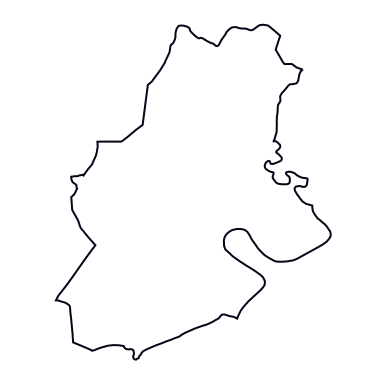 the district of Kota Pangkal Pinang, Bangka-Belitung, Indonesia, rotated 89°
{"feature_id": "22746128B92282941938888", "entity_name": "Kota Pangkal Pinang", "entity_type": "district", "adm_level": 2, "iso_a3": "IDN", "parent_name": "Indonesia", "parent_adm1": "Bangka-Belitung", "projection": "robinson", "projection_center": [106.108, -2.109], "detail": "fine", "context": "isolated", "style": "outline", "palette": "ink", "viewbox_px": 384, "rotation_deg": 89, "n_neighbors": 0, "source": "geoboundaries", "source_scale": "gbopen_adm2", "svg_char_len": 5836}
<svg xmlns="http://www.w3.org/2000/svg" viewBox="0 0 384 384"><g transform="rotate(89 192 192)"><path d="M140.0,285.7L145.1,285.5L150.4,286.5L153.9,287.4L158.7,289.7L162.8,291.5L166.9,295.2L172.3,299.3L173.6,300.1L173.2,300.5L172.9,301.2L172.8,301.4L173.1,302.1L173.4,304.1L174.2,306.3L174.2,308.9L174.6,312.5L177.1,312.4L180.0,311.3L182.9,307.5L186.7,307.2L186.8,306.9L192.3,309.8L195.0,312.8L207.8,312.1L217.0,307.2L219.3,306.1L224.0,304.7L226.2,303.8L229.2,301.3L233.0,298.4L238.8,293.6L243.5,289.5L252.6,296.6L260.0,302.1L275.9,313.7L281.5,317.9L288.3,323.3L293.0,327.2L295.5,328.7L298.0,329.9L298.1,327.6L299.2,324.8L300.0,321.9L300.9,319.8L303.0,316.8L304.7,316.0L310.6,315.7L317.1,315.0L325.5,314.4L331.8,313.9L340.3,313.5L343.1,307.0L347.9,296.3L348.7,294.7L349.0,294.6L348.5,292.4L347.2,289.2L346.4,286.8L345.9,285.3L345.2,282.7L345.2,282.4L344.3,279.3L343.7,273.6L344.0,267.5L344.8,263.1L345.1,262.7L346.3,262.4L347.0,261.7L347.9,260.4L348.1,259.3L348.3,257.6L348.0,257.1L348.2,254.9L349.0,253.6L350.2,253.2L351.3,252.9L352.3,252.8L353.8,253.1L354.7,253.6L356.2,253.6L357.4,253.4L358.1,252.5L358.5,251.9L358.6,250.7L357.6,249.7L357.4,248.5L356.9,248.1L355.0,247.5L355.0,247.3L354.8,247.1L353.1,245.7L351.9,245.1L350.7,244.0L349.8,242.6L348.9,240.8L347.7,238.1L345.7,233.2L344.5,230.1L343.6,227.5L342.0,223.0L341.7,222.4L340.7,219.7L339.1,214.8L338.1,212.6L337.6,211.0L336.7,208.4L336.3,207.2L335.7,206.3L334.7,205.0L333.9,203.5L332.7,201.4L330.1,195.2L328.5,191.4L327.2,187.5L326.0,183.9L325.3,181.3L324.6,179.2L323.5,176.5L321.5,172.3L320.6,171.1L319.8,169.2L319.2,168.2L318.6,167.5L318.3,167.1L317.5,166.3L316.7,165.8L315.9,165.2L315.5,164.5L315.1,164.0L315.0,163.8L315.1,161.3L316.6,157.1L317.4,153.4L317.4,153.2L317.6,152.3L319.4,149.1L316.3,147.8L311.1,145.1L307.1,141.9L302.5,137.7L298.8,133.6L291.5,125.4L288.7,122.7L286.2,121.0L283.9,120.7L281.8,120.9L279.8,121.8L278.0,122.9L276.0,125.1L271.4,131.3L266.4,139.1L262.4,145.0L257.2,152.2L253.7,155.7L250.0,159.7L246.3,160.9L240.9,161.0L237.9,160.2L235.4,158.8L232.6,155.8L230.9,152.8L229.8,148.4L229.8,144.3L230.7,140.0L233.0,137.2L236.6,135.0L240.5,133.1L245.2,129.8L249.8,126.8L253.9,123.0L256.6,120.3L259.6,115.7L262.6,110.3L263.1,108.4L263.2,106.0L263.3,102.5L263.0,97.9L262.1,91.9L260.5,87.9L255.6,78.7L252.8,73.3L250.3,68.6L247.2,62.9L244.2,58.4L241.4,55.9L238.7,54.2L236.8,54.1L235.0,54.2L233.6,54.7L231.8,56.0L229.4,57.4L226.7,59.6L224.1,62.7L222.3,64.6L220.8,66.6L219.8,67.4L217.9,68.7L216.2,69.9L213.6,71.3L212.0,71.7L209.1,72.0L207.7,71.9L207.0,74.0L205.9,78.0L204.6,79.9L203.3,81.8L201.8,82.9L200.7,83.8L198.1,85.5L196.1,87.1L193.4,88.5L192.5,89.0L191.7,89.2L190.5,89.4L189.5,88.9L188.5,88.2L188.2,86.7L187.9,85.1L188.1,83.0L188.7,81.7L188.9,80.0L188.7,78.9L188.0,77.8L186.6,77.0L182.3,76.3L180.7,76.3L180.3,77.1L180.0,79.1L179.8,80.9L179.5,82.1L178.2,85.0L177.5,86.1L176.8,87.1L175.2,88.9L174.6,90.0L173.7,92.2L173.5,93.6L173.4,95.0L173.7,96.7L174.1,97.4L174.8,97.8L175.8,97.4L177.0,96.4L177.7,95.4L178.7,94.4L180.3,94.0L181.7,94.0L182.9,93.9L184.0,94.3L185.0,94.7L185.5,95.7L185.9,97.2L185.9,99.9L185.9,100.9L185.7,103.3L185.1,106.0L184.1,107.7L182.8,108.7L181.2,109.9L179.4,111.0L178.1,111.1L177.1,110.7L176.3,110.5L175.5,110.2L174.2,110.1L173.7,110.7L173.4,111.8L173.1,113.2L172.5,114.5L171.9,115.5L171.1,116.5L170.7,117.4L170.0,117.9L168.9,118.5L167.5,118.9L166.2,118.6L164.9,118.1L163.9,117.5L163.1,116.6L162.5,115.7L162.2,114.4L162.7,113.7L163.7,113.5L165.1,112.7L165.4,111.7L165.3,110.1L163.7,105.6L162.6,103.2L161.9,102.3L161.4,101.8L160.5,101.6L159.7,101.6L158.5,102.2L156.3,104.2L155.6,104.9L155.0,105.6L154.7,106.4L153.8,107.1L153.0,107.1L152.1,106.2L151.4,105.3L150.5,104.3L149.9,103.8L148.9,103.1L148.2,103.0L147.0,103.0L146.4,103.2L145.3,104.2L144.8,104.9L143.8,105.7L143.3,106.5L142.7,107.2L142.6,108.4L142.8,109.4L142.0,109.4L140.6,108.5L138.1,107.8L136.1,107.2L134.3,106.5L131.9,106.2L129.8,106.2L126.0,106.0L123.3,106.1L121.4,106.0L119.2,105.8L117.1,105.7L115.6,105.3L113.4,105.0L111.9,105.0L108.2,104.7L106.1,104.3L104.2,102.9L102.5,102.0L99.6,102.1L98.4,102.3L97.0,101.8L94.5,100.3L92.9,98.6L90.4,96.4L88.8,95.0L87.2,93.8L86.1,92.3L85.8,88.4L85.5,87.6L85.4,86.5L85.2,85.8L84.6,85.1L84.0,84.7L83.1,84.2L82.6,83.9L81.7,83.7L80.4,83.5L78.8,83.0L78.0,83.0L76.9,82.8L75.6,82.3L73.6,81.3L73.0,81.2L72.6,80.4L72.0,79.7L71.6,79.7L71.4,79.7L71.0,80.5L70.7,81.5L70.1,83.1L69.3,85.3L68.6,86.2L67.4,87.7L66.7,88.7L66.1,89.2L65.8,90.3L65.7,92.3L65.7,94.5L65.7,97.0L65.5,97.5L64.9,98.0L63.2,99.1L51.2,105.8L47.7,104.7L37.3,101.1L31.5,107.5L26.9,113.0L26.7,114.1L26.1,117.1L26.0,117.7L26.2,119.9L26.6,122.1L28.4,124.6L30.6,127.8L31.2,129.1L31.3,130.1L31.1,131.4L30.1,133.9L29.8,134.7L29.5,136.4L29.5,137.3L29.4,139.3L29.3,140.4L29.1,141.7L28.7,142.9L28.1,144.2L27.9,145.7L27.9,147.6L28.4,149.6L29.5,151.3L30.6,152.7L32.2,154.2L34.2,155.5L35.5,156.2L37.2,157.5L40.2,159.7L45.7,162.8L46.3,163.7L46.5,164.7L46.3,165.5L46.1,166.0L45.6,166.4L45.3,166.7L44.9,167.1L44.2,168.1L43.8,168.7L43.5,170.1L43.0,171.4L42.7,171.7L42.3,172.3L41.7,173.7L41.3,174.5L40.8,175.2L40.2,175.8L39.8,176.9L39.4,177.5L38.8,178.1L38.4,179.0L38.2,179.6L38.1,180.8L38.4,181.7L38.5,182.2L38.2,183.0L37.7,184.1L37.0,184.7L35.9,186.3L35.1,187.0L34.5,187.7L31.6,190.4L30.8,191.0L29.7,191.2L28.1,191.7L26.4,194.3L26.2,195.2L26.0,196.3L25.6,197.1L25.5,197.7L25.5,198.8L25.4,199.7L25.4,201.0L25.5,201.8L25.9,202.5L26.5,203.2L27.2,203.6L28.2,204.3L29.3,204.8L30.4,205.1L32.3,205.6L33.7,205.8L34.8,205.8L36.4,205.8L38.6,206.3L39.5,206.6L41.6,207.6L42.7,208.3L43.6,209.1L44.2,210.1L45.5,211.0L46.9,211.2L50.3,211.7L52.0,212.1L53.7,212.9L57.4,214.7L59.9,216.0L62.0,216.8L64.6,218.4L66.9,219.9L69.7,221.7L80.9,230.3L84.2,234.3L124.1,240.2L128.2,246.0L132.0,250.8L135.4,254.9L139.5,260.4L140.2,261.4L140.4,262.7L140.2,271.0L140.0,285.7Z" fill="none" stroke="#020617" stroke-width="2"/></g></svg>